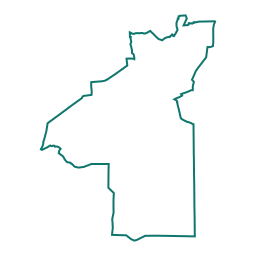 Kombo Central, West Coast, Gambia
{"feature_id": "56634734B211008456047", "entity_name": "Kombo Central", "entity_type": "district", "adm_level": 2, "iso_a3": "GMB", "parent_name": "Gambia", "parent_adm1": "West Coast", "projection": "robinson", "projection_center": [-16.653, 13.251], "detail": "fine", "context": "isolated", "style": "outline", "palette": "teal", "viewbox_px": 256, "rotation_deg": 0, "n_neighbors": 0, "source": "geoboundaries", "source_scale": "gbopen_adm2", "svg_char_len": 5143}
<svg xmlns="http://www.w3.org/2000/svg" viewBox="0 0 256 256"><path d="M215.1,21.6L214.8,21.3L200.1,21.6L199.1,21.6L198.8,21.6L198.0,21.8L197.8,21.9L196.1,22.2L195.2,22.2L194.9,22.1L194.4,22.1L194.1,22.2L193.6,22.3L193.6,22.7L193.8,22.9L193.5,23.0L192.8,23.2L192.3,23.4L192.1,23.6L191.9,23.4L191.4,23.3L190.8,23.3L190.4,23.4L189.9,23.4L189.4,23.1L188.7,23.2L188.7,23.4L188.8,23.7L188.8,24.3L188.6,24.5L188.3,24.8L188.0,25.0L187.7,25.1L187.3,25.1L187.0,25.2L186.7,25.2L186.4,25.2L186.1,25.2L185.4,25.2L184.9,25.3L184.3,25.4L183.6,25.4L186.8,18.5L185.6,15.4L179.7,15.8L179.6,16.1L179.4,16.2L179.1,16.3L178.6,16.4L178.6,16.7L178.6,17.3L178.6,17.8L178.5,18.1L178.5,18.6L177.8,18.6L177.8,19.1L177.8,19.5L177.6,19.6L177.0,21.4L176.5,22.6L176.5,24.5L176.5,25.1L176.5,25.3L176.6,26.6L176.7,27.1L177.0,27.6L177.3,28.8L177.3,29.2L177.5,30.0L177.2,30.5L176.8,31.4L176.4,31.8L176.2,32.6L176.1,32.9L175.8,33.1L175.0,34.3L174.8,34.7L174.5,35.2L174.2,35.9L174.0,36.1L173.4,36.1L173.1,35.8L172.9,35.5L172.7,35.2L172.6,34.6L172.4,34.5L172.1,34.4L171.9,34.6L171.5,35.3L171.2,35.6L170.8,35.7L170.4,36.1L170.1,36.5L170.0,36.9L169.8,37.0L169.6,37.1L169.3,36.9L169.0,36.9L168.8,36.9L168.5,37.0L167.7,37.1L167.3,37.2L167.0,37.3L166.7,37.5L166.3,37.6L165.4,37.8L162.5,40.0L162.2,40.3L161.0,39.8L158.7,39.1L158.5,38.9L158.0,38.5L157.2,37.8L156.9,37.5L156.5,37.1L155.8,36.4L155.4,36.0L154.4,35.0L154.2,34.8L153.5,34.1L153.0,33.6L152.2,32.9L151.4,32.1L150.8,31.5L150.6,31.3L150.2,30.9L146.7,32.9L146.4,33.1L145.9,33.2L145.6,33.3L145.3,33.4L145.0,33.4L144.7,33.4L144.6,33.5L144.3,33.5L144.0,33.5L143.7,33.5L143.5,33.4L143.1,33.3L142.6,33.0L141.6,33.0L141.2,33.0L140.6,33.0L140.2,33.1L139.7,33.2L139.4,33.3L138.4,33.2L137.9,33.1L137.3,33.1L137.0,33.1L136.5,33.2L136.2,33.2L135.7,33.2L135.4,33.3L135.0,33.5L134.2,33.7L133.6,33.8L132.9,33.9L132.5,33.9L131.9,33.5L131.6,33.2L131.4,33.1L131.0,32.8L130.6,32.7L130.0,32.5L129.8,32.4L129.8,33.0L129.8,33.3L129.9,33.6L129.9,33.9L129.9,34.2L129.9,34.5L129.9,34.8L129.9,35.2L129.9,36.8L130.0,37.2L130.7,37.1L130.6,37.6L130.7,38.7L130.8,39.4L130.8,39.7L130.8,39.9L131.0,40.3L131.1,40.7L131.2,41.5L131.2,42.1L130.8,43.1L130.4,44.4L130.9,45.6L131.1,46.4L131.2,46.9L131.3,47.3L131.4,47.9L132.0,50.2L132.0,51.2L132.0,51.9L132.0,53.0L133.6,54.3L133.7,54.7L133.8,55.1L133.9,55.6L133.9,55.9L134.1,56.4L134.2,57.0L134.3,57.5L134.3,58.4L134.3,59.1L133.8,58.9L133.4,58.8L132.9,58.7L131.9,58.6L130.4,58.6L129.9,58.5L129.3,58.5L128.2,58.6L127.2,58.6L126.6,58.6L126.6,59.9L126.7,60.6L126.9,62.0L127.3,65.5L114.9,74.4L114.6,74.6L113.7,75.1L113.5,75.3L112.0,76.3L109.9,77.7L109.2,78.2L106.8,79.8L106.6,79.7L105.0,80.7L103.8,80.9L102.0,81.3L97.7,81.6L91.3,82.1L91.2,83.1L91.2,83.4L91.2,83.7L91.2,86.6L91.2,87.0L91.3,87.5L91.4,88.3L91.5,88.9L91.5,90.1L91.6,90.8L91.7,91.1L91.8,91.7L91.7,92.3L91.6,93.3L91.6,93.7L91.6,94.2L91.5,94.9L90.5,95.0L89.6,95.2L88.9,95.2L87.8,95.4L86.3,95.6L85.8,95.6L84.6,95.8L84.0,95.9L83.6,95.9L83.4,96.0L82.5,96.7L81.9,98.1L72.0,105.2L71.6,105.5L62.2,112.5L49.7,121.7L47.8,123.1L47.6,123.3L46.6,129.6L46.3,131.4L44.1,139.7L43.3,141.8L43.3,143.5L43.2,143.8L42.9,145.2L42.7,145.7L40.9,149.3L41.4,149.6L41.9,149.9L46.9,147.5L47.9,146.9L50.2,145.5L50.5,145.7L51.0,145.9L51.4,146.1L51.8,146.1L52.1,146.1L52.6,145.8L53.1,145.7L53.4,145.7L53.8,145.7L54.2,145.7L54.5,145.8L54.7,146.1L54.8,146.4L54.9,146.6L57.0,146.5L58.7,147.1L60.6,148.8L60.4,149.2L60.0,149.6L59.6,150.1L59.4,150.6L59.2,151.0L59.1,151.3L59.0,151.5L58.9,151.9L59.0,152.3L58.9,152.6L58.8,153.0L59.1,153.1L59.3,153.4L59.3,153.6L59.6,153.7L59.8,153.9L60.0,154.1L60.2,154.3L60.5,154.5L60.9,154.8L61.1,155.0L61.3,155.2L61.6,155.3L62.0,155.5L62.4,155.7L62.7,156.1L63.0,156.5L63.2,157.0L63.6,157.3L64.0,157.9L64.2,158.2L64.4,158.7L64.5,159.2L65.2,160.0L65.4,160.3L65.8,160.8L66.4,161.5L66.9,161.8L67.2,162.2L70.4,162.7L70.7,163.3L70.8,163.5L71.6,163.6L74.7,166.7L78.6,167.6L83.9,166.9L90.9,164.2L91.5,163.9L91.7,164.0L108.4,164.0L108.7,164.0L108.5,172.9L108.4,184.1L108.4,187.8L113.8,193.0L113.5,200.2L113.5,202.5L113.5,207.7L113.6,212.5L112.2,219.2L112.5,222.6L112.8,227.5L112.0,234.9L126.2,235.3L131.2,239.2L134.4,240.6L136.9,239.9L138.1,239.3L142.5,237.1L145.2,235.8L146.9,235.8L155.6,235.7L169.0,235.9L194.8,236.4L194.7,226.4L194.6,216.9L194.5,211.7L194.4,205.1L194.3,191.5L194.2,183.0L194.1,177.1L194.0,168.8L193.9,163.0L193.9,157.6L193.8,156.2L193.7,145.0L193.5,124.2L192.5,123.9L190.6,122.9L189.8,122.6L189.2,122.4L188.3,122.0L187.6,121.9L187.0,121.9L186.3,121.5L186.0,121.2L185.5,121.1L184.4,120.5L182.9,119.7L182.6,119.6L182.1,119.3L181.6,118.8L181.0,118.5L180.8,118.2L180.4,116.4L179.6,112.8L179.1,110.7L178.1,106.6L178.0,106.3L177.1,102.4L177.3,102.4L177.2,101.3L176.5,100.5L174.4,99.3L175.7,98.6L176.8,98.1L178.9,97.3L182.1,95.6L181.1,94.1L184.8,92.8L185.2,92.7L187.1,92.0L188.2,91.6L190.2,90.6L191.9,90.1L192.7,90.2L192.8,88.5L192.8,87.7L192.8,87.0L192.8,86.6L192.9,85.9L193.0,85.2L193.1,84.9L193.9,81.9L192.0,79.7L193.7,76.0L194.6,73.8L195.1,72.7L195.8,70.9L196.8,69.7L197.7,68.3L206.2,57.3L206.2,57.0L207.5,47.0L210.3,47.1L213.0,46.0L213.3,41.5L213.3,40.5L213.2,28.6L213.5,27.0L213.8,24.8L215.1,21.6Z" fill="none" stroke="#0f766e" stroke-width="2"/></svg>